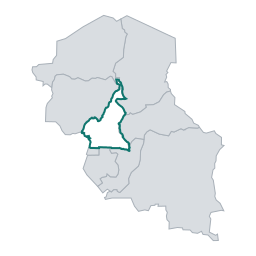 Cameroon highlighted among its neighbors
{"feature_id": "CMR", "entity_name": "Cameroon", "entity_type": "country or territory", "adm_level": 0, "iso_a3": "CMR", "parent_name": "Africa", "parent_adm1": "", "projection": "albers", "projection_center": [12.994, 7.377], "detail": "fine", "context": "with_neighbors", "style": "outline", "palette": "teal", "viewbox_px": 256, "rotation_deg": 0, "n_neighbors": 8, "source": "natural_earth", "source_scale": "50m", "svg_char_len": 8481}
<svg xmlns="http://www.w3.org/2000/svg" viewBox="0 0 256 256"><path d="M213.3,180.2L215.3,193.3L214.8,196.5L216.2,200.0L220.1,203.3L223.8,210.8L221.3,210.3L211.0,212.4L209.3,216.3L210.8,219.0L209.3,232.1L215.7,235.3L217.5,234.1L218.3,240.5L213.3,240.6L208.0,235.0L203.0,234.4L201.5,231.3L197.6,233.3L192.4,232.6L190.1,230.0L183.0,229.8L182.5,227.9L177.4,227.5L169.0,229.0L169.2,221.9L167.0,219.7L166.4,216.0L167.3,212.3L165.9,210.0L165.8,206.1L158.0,206.3L158.5,204.1L155.2,204.2L154.9,205.3L150.9,205.6L148.4,210.7L144.8,209.9L138.5,211.3L134.5,206.2L131.0,198.0L112.1,198.0L105.4,199.4L104.5,197.5L106.1,196.9L107.4,192.6L109.7,191.3L111.4,191.9L113.6,189.6L117.0,189.6L117.4,191.4L119.8,192.5L128.9,183.6L128.6,178.5L131.3,172.4L138.4,166.1L139.1,164.1L140.2,159.7L140.6,150.6L143.6,143.3L144.4,135.1L146.8,131.9L150.1,129.8L159.3,134.1L168.6,135.8L171.3,131.4L174.1,132.0L181.0,128.7L183.5,130.0L185.5,129.7L186.4,128.2L188.7,127.6L197.4,128.1L199.5,127.4L203.4,132.4L206.3,133.1L214.3,130.8L215.8,133.5L221.5,137.4L221.4,144.8L224.0,145.5L219.7,149.6L216.2,155.9L216.0,160.9L214.7,163.4L214.8,168.1L213.0,169.9L211.6,177.5L213.3,180.2Z" fill="#d9dde1" stroke="#a8b0b8" stroke-width="1"/><path d="M175.2,38.3L176.1,62.9L170.9,62.6L166.6,71.1L167.9,72.5L166.0,74.5L166.7,77.1L164.6,82.0L166.8,81.6L168.1,84.0L168.2,87.6L170.5,89.5L170.5,91.0L166.6,92.1L163.6,94.7L159.2,101.7L153.4,104.7L145.7,105.0L146.4,107.2L140.5,111.9L132.7,114.4L130.2,112.9L129.0,114.5L123.9,115.0L124.9,113.3L122.0,106.4L119.3,105.3L115.6,101.7L117.0,98.7L125.0,98.9L121.6,93.2L121.4,84.9L118.9,80.9L119.5,77.9L115.6,77.8L115.6,73.7L113.0,71.4L115.6,63.2L123.4,57.3L123.7,49.3L125.9,36.7L127.2,34.1L124.7,32.0L124.6,30.1L122.3,28.5L120.8,19.0L126.9,15.7L175.2,38.3Z" fill="#d9dde1" stroke="#a8b0b8" stroke-width="1"/><path d="M120.8,19.0L122.3,28.5L124.6,30.1L124.7,32.0L127.2,34.1L125.9,36.7L123.7,49.3L123.4,57.3L115.6,63.2L113.0,71.4L115.6,73.7L115.6,77.8L119.5,77.9L118.9,80.9L117.2,81.2L117.0,83.2L115.8,83.4L111.7,76.5L110.2,76.3L105.4,79.8L97.4,77.5L95.6,78.4L92.0,78.2L88.4,80.8L85.3,81.0L77.9,77.7L74.9,79.2L71.8,79.0L69.5,76.6L63.4,74.2L56.8,74.8L55.2,76.1L54.3,79.7L52.5,82.2L51.9,87.8L47.3,84.1L45.1,84.0L43.0,85.8L43.2,81.5L36.2,79.9L36.1,76.9L32.8,72.7L32.0,69.9L32.6,66.8L36.5,66.7L38.8,64.5L52.6,63.3L53.2,59.5L56.6,55.4L56.9,41.2L65.5,38.6L83.1,26.8L103.7,15.4L113.2,18.0L116.6,21.3L120.8,19.0Z" fill="#d9dde1" stroke="#a8b0b8" stroke-width="1"/><path d="M45.5,121.6L46.0,107.5L47.3,103.5L52.3,97.8L51.7,96.1L53.0,93.6L51.6,89.9L52.5,82.2L54.3,79.7L55.2,76.1L56.8,74.8L63.4,74.2L69.5,76.6L71.8,79.0L74.9,79.2L77.9,77.7L85.3,81.0L88.4,80.8L92.0,78.2L95.6,78.4L97.4,77.5L105.4,79.8L110.2,76.3L111.7,76.5L115.8,83.4L117.0,83.2L119.4,85.7L118.4,88.9L113.3,93.8L108.2,106.9L104.9,109.5L101.9,117.8L97.6,119.9L94.2,117.3L91.8,117.4L88.1,121.1L86.3,121.1L81.6,131.6L75.1,133.8L72.7,133.4L70.3,134.8L65.3,134.6L62.0,130.6L60.0,126.0L55.7,121.8L45.5,121.6Z" fill="#d9dde1" stroke="#a8b0b8" stroke-width="1"/><path d="M199.5,127.4L197.4,128.1L188.7,127.6L183.5,130.0L181.0,128.7L174.1,132.0L171.3,131.4L168.6,135.8L159.3,134.1L150.1,129.8L146.8,131.9L144.4,135.1L143.9,139.5L135.6,138.2L131.9,141.5L128.7,147.4L127.7,142.7L124.8,140.7L121.9,135.2L119.0,132.0L118.8,127.4L119.3,122.6L120.8,121.4L123.9,115.0L129.0,114.5L130.2,112.9L132.7,114.4L140.5,111.9L146.4,107.2L145.7,105.0L153.4,104.7L159.2,101.7L163.6,94.7L166.6,92.1L170.5,91.0L171.3,93.6L174.9,97.5L174.5,104.6L184.9,111.5L185.1,113.5L192.0,119.3L193.7,123.1L198.4,125.4L199.5,127.4Z" fill="#d9dde1" stroke="#a8b0b8" stroke-width="1"/><path d="M143.9,139.5L143.6,143.3L140.6,150.6L140.2,159.7L139.1,164.1L138.4,166.1L131.3,172.4L128.6,178.5L128.9,183.6L119.8,192.5L117.4,191.4L117.0,189.6L113.6,189.6L111.4,191.9L107.3,189.2L102.8,192.9L97.6,186.3L102.4,182.9L100.0,178.8L102.2,177.3L106.5,176.5L107.0,173.8L110.4,176.8L116.0,177.0L118.0,174.1L118.8,169.9L118.0,165.1L115.0,161.4L117.8,154.2L116.2,152.9L111.5,153.4L109.7,150.2L110.2,147.5L118.1,147.7L128.2,150.8L128.7,147.4L131.9,141.5L135.6,138.2L143.9,139.5Z" fill="#d9dde1" stroke="#a8b0b8" stroke-width="1"/><path d="M98.9,147.5L105.7,147.9L109.4,147.1L110.2,147.5L109.7,150.2L111.5,153.4L116.2,152.9L117.8,154.2L115.0,161.4L118.0,165.1L118.8,169.9L118.0,174.1L116.0,177.0L110.4,176.8L107.0,173.8L106.5,176.5L102.2,177.3L100.0,178.8L102.4,182.9L97.6,186.3L86.9,174.9L83.1,168.5L87.6,155.2L98.9,155.0L98.9,147.5Z" fill="#d9dde1" stroke="#a8b0b8" stroke-width="1"/><path d="M88.7,147.3L98.9,147.5L98.9,155.0L87.6,155.2L86.4,154.3L88.7,147.3Z" fill="#d9dde1" stroke="#a8b0b8" stroke-width="1"/><path d="M81.9,131.7L82.1,131.2L82.5,130.6L82.9,129.9L83.5,128.9L83.9,127.3L84.1,126.2L84.4,125.3L84.8,124.4L85.2,123.8L86.3,122.7L87.1,121.9L87.6,121.6L87.9,121.3L88.4,121.0L88.9,120.6L89.3,119.8L89.7,119.1L89.9,119.0L90.3,118.9L91.3,118.1L91.9,117.7L92.1,117.9L92.2,118.2L92.3,118.3L92.9,118.4L93.6,118.4L94.1,118.3L94.3,118.1L94.5,117.4L94.8,117.3L95.6,117.7L96.3,118.4L97.0,119.1L97.3,119.3L97.5,119.6L97.8,120.8L97.9,121.1L98.2,121.2L98.7,121.1L99.3,120.9L99.8,120.6L100.2,120.2L100.6,119.9L100.7,119.6L100.8,118.6L100.9,118.4L101.4,118.0L102.2,117.3L102.6,117.0L102.6,116.8L102.3,116.4L102.1,116.0L102.3,115.5L102.6,115.2L103.6,114.0L103.6,113.6L103.7,113.1L104.5,111.8L104.9,110.0L105.0,109.6L105.4,108.8L106.0,107.7L107.1,107.5L107.6,107.2L108.1,106.7L108.4,106.3L108.5,105.8L108.6,105.0L108.8,104.0L108.9,103.2L109.3,102.4L109.8,102.0L110.8,101.7L111.1,101.1L111.2,100.0L111.2,99.4L111.3,99.1L111.4,98.6L112.3,97.7L112.7,96.4L113.0,95.0L114.0,93.3L115.2,91.7L115.8,91.2L116.2,91.0L116.8,91.0L117.1,90.8L118.4,90.0L118.9,89.7L119.3,89.4L119.4,89.2L119.5,88.8L119.3,87.9L119.5,87.3L119.7,86.3L119.7,85.6L119.7,85.3L119.5,84.9L119.4,84.8L119.1,84.4L118.4,84.1L117.5,84.0L117.1,83.8L117.0,83.4L117.0,83.2L116.9,83.0L116.8,82.4L116.2,79.5L117.4,79.5L118.7,79.8L119.0,80.1L119.2,81.1L119.7,81.7L120.5,82.1L121.1,83.1L121.3,84.5L121.8,85.4L121.9,85.6L122.4,86.8L122.5,87.2L122.6,88.0L122.5,88.5L122.8,89.1L122.4,90.2L122.3,90.9L122.2,91.8L122.5,93.4L122.9,94.7L123.3,95.7L123.8,96.5L124.5,97.4L125.4,98.2L126.1,98.7L125.4,99.0L124.1,99.1L123.3,98.9L122.9,98.9L122.5,99.0L121.1,99.2L119.6,99.1L118.2,98.9L117.4,98.9L116.8,99.4L116.2,100.2L115.8,100.8L115.9,101.4L116.3,101.8L117.0,102.5L117.6,103.3L118.0,103.8L119.2,104.9L120.5,105.9L120.7,106.1L121.0,106.3L121.9,106.9L122.8,107.9L123.7,109.3L124.3,110.8L124.9,112.3L125.1,112.5L125.6,112.7L125.6,113.0L125.6,113.5L125.5,113.9L125.1,114.4L124.5,115.4L123.7,116.0L123.4,116.4L123.3,116.8L123.1,117.3L122.7,118.2L122.4,119.0L122.1,119.3L121.3,120.5L120.8,121.7L120.7,122.0L120.3,122.4L119.4,122.8L119.1,123.0L118.9,123.2L118.7,123.4L118.6,123.7L118.8,124.2L119.1,124.5L119.3,124.5L119.6,124.5L119.8,124.8L119.8,127.2L119.6,127.5L119.5,128.1L119.5,128.5L119.7,128.8L120.0,129.1L120.1,129.9L120.4,132.4L120.5,132.8L120.8,133.1L121.6,133.6L122.4,134.3L122.6,134.8L122.8,135.5L123.1,136.1L123.1,136.3L122.7,136.4L122.6,136.9L123.1,137.6L123.8,138.4L124.5,139.3L125.1,140.0L125.9,140.7L126.5,141.4L127.1,142.0L127.6,142.2L128.0,142.2L128.1,142.3L128.3,142.6L128.6,142.9L129.0,143.4L129.1,143.8L128.9,144.2L129.1,144.8L129.2,145.1L129.2,145.3L129.2,146.1L129.4,146.8L129.7,147.4L129.7,147.8L129.3,148.0L129.1,148.4L129.0,148.9L129.2,149.6L129.5,150.3L129.5,150.8L129.4,150.9L129.2,151.0L128.4,150.6L127.9,150.2L127.0,149.6L126.1,149.4L124.9,149.4L124.4,149.4L124.1,149.2L123.6,148.9L123.3,148.9L122.9,149.1L122.7,149.1L122.3,149.0L121.7,149.0L121.6,148.7L120.8,148.6L120.6,148.3L120.2,148.3L119.6,147.9L119.1,148.1L117.8,148.1L116.2,148.1L114.6,148.1L113.1,148.1L111.6,148.1L111.4,147.7L111.1,147.5L110.5,147.5L108.9,147.6L107.6,147.5L107.2,147.5L106.8,147.4L105.7,147.3L104.4,147.3L104.1,147.3L103.1,147.3L100.7,147.2L99.3,147.2L99.4,147.5L99.2,148.1L97.7,148.1L95.8,148.1L94.0,148.0L92.8,148.0L90.7,148.0L90.0,147.7L89.8,147.5L89.8,147.3L89.8,147.2L89.6,147.2L89.7,145.7L90.0,144.5L90.2,143.3L90.6,142.3L90.4,141.3L90.1,140.8L88.9,139.4L89.4,138.9L88.7,138.9L88.5,138.4L88.1,137.8L88.4,137.7L88.6,137.3L89.3,137.4L88.7,136.7L89.0,136.2L88.9,136.0L88.4,136.3L88.1,136.3L87.9,136.1L87.7,136.1L87.8,136.5L87.6,136.9L87.3,137.0L86.9,137.0L86.6,136.9L86.5,136.7L86.2,136.5L85.4,136.2L84.7,135.9L84.5,135.0L84.3,134.6L84.1,134.2L84.1,133.7L84.2,133.0L84.0,132.9L83.8,132.8L83.5,132.9L83.2,132.8L82.9,132.4L82.6,132.2L82.8,133.0L82.5,133.2L82.0,133.1L81.8,132.8L81.8,132.6L82.0,131.7L81.9,131.7Z" fill="none" stroke="#0f766e" stroke-width="2"/></svg>